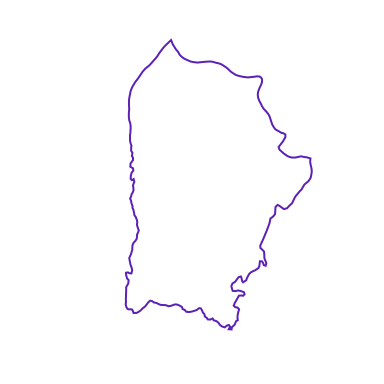 outline of Paranapanema, São Paulo, Brazil, rotated 31°
{"feature_id": "56859067B66174710911505", "entity_name": "Paranapanema", "entity_type": "district", "adm_level": 2, "iso_a3": "BRA", "parent_name": "Brazil", "parent_adm1": "São Paulo", "projection": "equal_earth", "projection_center": [-48.774, -23.455], "detail": "fine", "context": "isolated", "style": "outline", "palette": "violet", "viewbox_px": 384, "rotation_deg": 31, "n_neighbors": 0, "source": "geoboundaries", "source_scale": "gbopen_adm2", "svg_char_len": 3910}
<svg xmlns="http://www.w3.org/2000/svg" viewBox="0 0 384 384"><g transform="rotate(31 192 192)"><path d="M276.2,102.2L272.3,103.2L270.5,104.1L268.7,104.7L267.0,105.3L263.0,109.1L259.7,111.1L257.5,111.7L255.5,112.0L252.8,111.9L250.5,111.7L245.1,110.6L243.1,108.9L243.4,106.0L243.9,101.9L243.8,96.9L242.4,94.6L240.0,94.6L237.9,95.3L235.6,95.2L233.8,95.3L231.0,95.3L228.7,94.3L226.1,92.9L219.6,87.3L217.5,86.0L215.2,85.1L210.6,83.8L208.0,82.5L205.3,80.7L203.0,79.4L200.0,77.0L198.3,74.8L197.3,72.6L196.7,70.6L196.2,66.9L196.0,64.6L195.4,61.6L193.8,59.1L192.2,58.3L190.5,58.2L188.1,59.4L186.2,61.0L180.9,65.0L176.7,66.9L173.5,68.0L170.6,68.8L169.0,69.1L165.3,69.0L163.1,68.8L159.1,67.9L157.3,67.6L154.7,67.5L152.1,67.4L150.3,67.6L148.3,68.1L145.1,69.1L143.0,69.6L141.3,70.3L139.4,71.4L137.9,72.4L134.8,74.6L130.8,77.7L129.3,78.6L125.9,80.1L123.4,80.9L119.3,81.4L116.9,81.7L114.4,81.5L112.1,81.1L110.5,80.6L108.2,79.2L104.5,77.9L99.3,75.2L95.8,72.5L95.2,74.8L93.8,79.9L93.2,82.6L92.9,85.2L92.4,89.8L92.4,93.0L92.1,95.5L91.3,99.6L90.9,102.1L90.2,105.5L88.4,110.5L87.7,114.4L87.3,122.3L86.7,127.1L86.7,131.7L86.9,134.1L87.4,137.1L88.7,140.7L90.2,144.7L91.5,147.2L93.6,150.5L95.7,153.6L96.5,155.5L97.9,158.0L99.6,160.8L101.5,163.1L103.5,164.7L105.2,166.8L106.4,168.6L107.4,170.6L108.5,172.5L109.6,175.2L111.2,177.9L112.8,180.4L114.7,182.3L116.3,183.5L117.0,185.3L118.6,188.0L120.9,189.2L121.9,192.1L123.5,192.8L125.0,194.9L124.6,199.2L126.1,202.1L129.3,202.1L130.7,203.9L130.3,206.4L131.1,209.4L132.7,212.4L134.4,212.8L135.3,211.0L137.3,212.9L137.9,216.6L139.3,218.3L140.9,220.4L141.4,222.6L141.4,225.0L142.1,227.3L142.3,229.5L144.1,230.7L146.1,233.0L148.3,234.7L149.2,236.3L150.6,237.2L152.2,238.7L154.7,241.6L156.5,242.3L159.2,244.4L160.6,246.0L161.7,248.5L163.9,250.5L166.2,252.4L166.6,254.6L166.8,256.7L168.7,260.4L168.6,263.2L168.1,265.3L168.3,268.0L169.5,270.4L170.5,272.1L171.8,277.2L172.2,280.9L174.0,283.0L176.9,286.2L178.7,287.5L181.0,289.8L182.0,293.0L180.1,293.9L178.5,293.9L177.0,295.2L178.2,297.0L180.9,299.6L183.0,300.1L184.5,303.3L184.6,307.5L186.0,309.8L187.2,311.9L189.7,316.5L191.0,318.7L192.2,320.5L192.9,322.3L194.8,324.3L196.8,325.4L198.4,325.1L199.9,324.0L201.5,323.6L204.2,325.8L206.6,324.3L207.7,322.8L208.9,320.2L209.6,317.1L210.7,314.5L211.1,311.6L211.3,309.3L212.1,306.7L213.9,306.1L216.3,306.3L218.7,305.4L221.4,305.2L223.0,305.0L225.4,303.8L227.8,302.5L230.7,302.0L232.5,300.5L235.3,297.1L237.3,296.1L240.3,295.7L242.8,295.8L244.2,297.2L246.5,296.8L248.6,297.6L250.9,296.7L253.1,294.9L255.0,292.9L256.9,290.6L257.9,287.9L259.5,287.2L261.2,288.1L263.4,289.7L265.6,290.3L267.1,292.1L269.6,292.3L271.0,293.1L273.3,292.0L274.8,289.8L276.6,290.8L279.4,290.1L281.9,290.4L284.1,291.5L287.0,291.8L289.7,291.2L290.7,288.6L292.1,287.0L294.1,287.9L294.2,290.7L296.7,289.4L295.8,287.6L296.9,283.9L296.3,280.1L297.3,278.3L296.0,276.7L294.6,274.3L293.6,271.3L292.7,268.2L290.4,267.6L288.7,268.4L286.3,268.0L285.8,264.9L285.8,262.1L285.6,256.7L287.7,255.2L289.2,254.7L289.8,252.6L288.0,251.1L285.7,251.6L283.6,252.1L282.0,252.9L280.1,254.7L277.8,255.8L275.8,254.0L274.2,252.4L273.8,249.5L275.2,246.9L275.8,241.0L277.4,239.2L278.9,240.4L280.7,242.4L282.3,243.1L283.9,239.8L283.4,237.1L283.2,233.0L283.8,230.6L285.0,228.6L286.3,226.8L287.2,224.9L288.1,223.1L287.9,220.9L285.9,216.4L287.7,215.4L289.4,216.2L291.2,217.7L293.1,217.3L292.5,215.0L291.2,213.7L289.2,212.4L287.7,210.8L285.6,207.5L284.3,205.9L282.1,205.3L279.4,204.7L278.1,202.7L277.4,196.3L276.1,187.5L275.3,182.9L274.5,178.9L272.9,174.3L274.1,171.5L274.6,168.4L273.3,165.6L272.3,163.9L271.3,161.8L272.0,159.0L274.0,158.8L275.7,159.0L279.6,159.3L281.8,157.0L282.8,152.4L283.6,150.0L283.3,147.1L283.0,144.7L283.0,141.9L283.5,139.0L283.9,136.1L284.6,133.3L284.5,130.3L284.5,127.7L286.3,122.6L286.4,118.7L284.9,114.5L283.9,112.4L282.4,110.4L280.4,108.3L279.1,106.9L277.7,105.2L276.2,102.2Z" fill="none" stroke="#5b21b6" stroke-width="2"/></g></svg>